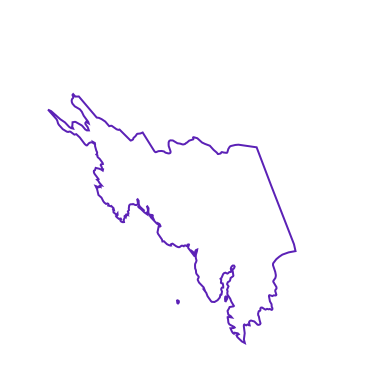 outline of Norðurland eystra, rotated 233°
{"feature_id": "ISL-702", "entity_name": "Norðurland eystra", "entity_type": "Region", "adm_level": 1, "iso_a3": "ISL", "parent_name": "Iceland", "parent_adm1": "", "projection": "equal_earth", "projection_center": [-17.153, 65.518], "detail": "fine", "context": "isolated", "style": "outline", "palette": "violet", "viewbox_px": 384, "rotation_deg": 233, "n_neighbors": 0, "source": "natural_earth", "source_scale": "10m", "svg_char_len": 6030}
<svg xmlns="http://www.w3.org/2000/svg" viewBox="0 0 384 384"><g transform="rotate(233 192 192)"><path d="M39.6,143.3L42.6,141.9L48.7,140.9L50.8,141.3L50.3,143.7L51.6,143.5L54.1,141.2L53.6,140.2L54.8,139.8L56.6,139.9L60.0,140.7L58.3,143.4L58.1,144.5L58.8,144.5L63.7,142.2L65.7,142.4L68.7,144.2L70.0,144.7L70.6,145.2L69.8,146.4L67.8,148.3L69.7,148.2L72.1,147.2L75.6,148.8L76.8,151.6L77.5,152.8L75.7,156.3L75.8,156.9L80.7,157.4L83.8,158.3L88.8,158.6L90.2,159.5L91.3,160.7L92.9,161.2L94.7,164.4L97.1,164.5L97.5,164.8L98.4,166.3L98.2,168.4L98.5,169.2L100.1,171.1L100.0,174.2L100.3,174.7L106.0,177.8L105.6,178.8L106.0,180.1L106.8,181.2L107.9,181.3L108.7,180.4L108.7,179.0L108.1,177.7L107.4,176.8L105.1,175.7L104.8,174.9L105.6,173.6L105.4,171.9L105.6,171.1L107.5,170.1L107.9,168.7L107.7,167.5L105.7,164.0L105.5,162.5L104.3,162.5L102.1,160.5L101.4,160.6L100.6,161.5L99.7,161.2L97.6,160.0L96.9,159.4L97.6,158.4L97.3,157.4L96.5,156.6L94.5,156.1L92.3,153.8L92.3,153.3L92.8,153.3L92.8,152.8L91.0,150.7L90.2,147.3L90.6,143.8L92.4,141.7L93.3,141.5L99.4,141.7L102.9,142.7L106.8,142.7L106.3,143.2L108.8,143.9L115.5,143.1L118.4,143.7L119.0,144.3L119.6,145.7L120.2,146.3L121.0,146.4L123.7,146.3L124.9,146.6L127.1,148.0L129.2,148.6L131.9,150.5L132.7,151.3L133.8,153.4L134.6,154.4L136.7,155.2L137.9,155.9L139.6,157.4L141.9,160.5L142.9,161.5L143.2,160.0L142.6,158.9L141.0,156.9L143.9,156.7L146.6,155.8L140.4,156.0L138.7,155.4L149.5,155.3L150.3,155.7L151.7,157.9L152.1,157.9L152.6,156.8L152.3,156.3L151.7,155.8L151.7,155.4L153.4,154.5L153.8,153.7L153.6,152.8L154.7,152.2L155.4,151.3L155.5,148.8L156.3,147.8L158.0,146.8L162.4,145.4L162.8,144.5L162.9,143.6L162.6,143.2L161.9,143.0L162.2,142.5L163.6,141.5L165.4,140.6L169.6,139.9L170.3,138.6L172.1,139.4L178.9,139.7L180.6,140.2L184.6,144.7L184.6,145.8L183.7,145.8L183.7,146.3L185.4,146.7L186.2,146.7L187.0,146.3L185.6,145.8L188.0,144.9L196.5,143.9L199.0,144.2L196.8,144.4L194.8,145.3L195.7,145.5L196.9,146.6L197.4,146.5L199.6,144.4L200.4,144.2L202.3,145.1L205.2,147.5L207.4,147.7L207.4,147.3L205.2,146.6L203.4,145.5L202.9,144.5L202.6,143.2L201.3,142.7L204.4,141.7L209.0,141.0L211.8,140.2L213.4,140.2L207.4,141.8L205.5,142.7L211.4,141.6L212.9,141.7L214.5,142.3L217.1,144.1L218.9,144.2L218.9,143.7L216.5,142.6L215.3,141.8L214.8,141.0L215.0,139.8L215.7,138.9L217.9,137.7L217.9,137.2L219.1,135.6L219.3,134.9L219.1,133.8L216.9,131.6L215.5,130.8L215.1,129.1L213.3,128.5L212.8,127.9L213.3,126.6L212.3,126.6L213.3,125.6L212.5,125.0L211.8,124.1L213.3,124.1L213.3,123.6L212.1,122.9L210.8,120.6L208.9,119.6L209.5,118.6L210.8,117.7L212.3,117.6L212.7,118.0L212.9,119.0L213.7,119.1L214.6,117.4L217.4,116.7L218.5,116.8L218.5,117.3L218.2,118.1L218.4,118.8L219.7,119.6L219.2,118.1L222.9,117.1L225.4,118.5L226.6,118.6L225.2,119.1L226.4,119.6L229.4,119.1L229.4,118.6L231.6,116.9L232.2,117.9L233.0,118.0L233.7,117.6L234.2,116.2L236.3,115.6L238.1,115.6L242.0,116.3L245.9,115.5L251.6,118.0L254.8,118.6L253.9,119.2L252.0,120.0L251.6,121.1L252.5,121.1L252.5,121.6L251.1,122.1L252.5,123.1L251.7,123.8L255.1,123.6L257.8,123.9L258.9,123.6L258.6,125.1L265.0,125.1L266.2,125.3L267.3,125.8L268.0,126.5L267.8,127.6L269.2,129.6L266.4,131.9L264.8,132.9L262.8,133.6L263.7,134.7L264.5,134.3L266.3,134.9L268.5,135.3L268.8,135.9L268.0,137.7L269.0,138.1L274.0,138.2L276.4,137.7L277.2,137.8L278.2,138.6L279.5,138.2L279.7,139.0L280.1,139.6L280.8,140.1L282.7,140.5L287.0,142.2L288.3,143.2L289.6,143.9L291.2,143.2L290.7,143.1L290.2,142.7L291.4,142.3L292.3,141.5L292.8,140.3L293.0,138.9L292.4,136.4L292.8,135.7L294.8,135.2L303.1,135.2L307.8,134.4L308.6,132.6L313.3,131.2L314.1,130.4L314.5,129.2L315.6,128.3L320.0,126.6L325.8,126.1L327.4,126.3L330.0,127.3L331.6,127.6L344.4,126.6L341.3,128.2L329.4,130.6L324.1,132.4L317.9,133.1L315.8,133.9L314.2,135.2L316.7,135.8L317.0,136.4L319.6,138.6L318.5,140.7L318.0,141.2L311.6,144.0L310.4,144.2L306.3,144.4L304.5,145.1L303.3,146.7L306.4,147.7L310.4,147.8L311.3,148.3L311.7,149.7L309.0,150.8L310.4,151.3L318.0,151.4L322.4,152.3L325.5,152.2L331.0,149.9L334.5,149.7L336.0,150.1L337.3,150.8L338.3,151.9L338.7,153.6L339.2,154.4L341.1,154.8L341.5,155.1L341.7,156.0L338.4,156.3L336.4,159.1L308.8,160.7L307.2,162.3L304.5,163.7L300.5,165.1L294.4,165.5L293.6,167.3L292.9,167.8L287.5,169.5L285.9,170.6L285.5,171.7L270.1,173.9L269.6,174.9L269.5,176.6L270.4,177.9L270.6,180.4L271.4,182.9L271.3,183.5L269.8,186.0L269.2,188.4L247.3,186.5L246.3,186.6L245.7,186.9L245.4,187.5L244.8,189.8L243.1,192.4L241.3,194.0L239.4,194.5L237.2,196.2L236.6,196.9L236.3,197.8L236.4,198.5L237.3,199.3L242.6,201.0L243.9,201.8L245.8,203.3L246.5,204.8L246.2,205.9L244.7,207.7L239.7,209.7L237.7,211.7L235.8,213.0L235.0,214.0L234.5,215.7L234.7,216.3L234.5,217.5L234.7,220.7L233.3,224.7L233.7,225.2L234.9,225.7L234.9,226.1L234.3,226.7L231.7,228.6L225.5,229.8L222.6,231.3L218.2,234.1L212.6,234.6L208.6,235.5L206.8,235.5L206.5,235.8L205.6,237.9L205.6,238.3L206.0,239.2L205.9,239.9L204.4,241.1L202.6,243.0L202.3,243.6L202.5,244.2L204.5,246.9L205.5,249.5L205.3,250.8L203.5,254.9L201.8,257.6L188.8,270.5L149.9,259.2L88.9,242.0L82.5,239.1L85.6,232.9L87.6,226.5L87.8,222.7L87.6,218.9L86.3,214.2L85.8,213.4L84.7,212.6L78.1,210.4L75.1,208.9L74.0,207.9L73.1,206.7L72.3,204.1L71.9,203.3L71.4,202.9L65.2,202.2L64.0,201.3L63.6,199.7L62.9,198.9L59.3,197.6L59.0,197.2L59.0,196.6L60.3,195.0L60.5,193.6L62.9,191.9L63.0,191.3L62.4,190.7L57.7,188.4L54.5,188.0L52.4,186.6L50.8,186.3L49.9,185.5L49.8,185.2L50.0,184.6L51.8,183.7L52.2,182.6L53.5,181.6L53.8,180.0L54.6,179.5L57.4,178.5L58.1,177.7L58.0,177.0L57.9,176.6L56.4,175.4L56.2,175.0L56.6,173.9L56.5,173.4L55.0,171.5L53.7,170.7L52.4,170.5L49.1,168.9L45.9,167.7L45.4,166.8L45.5,166.0L45.9,165.1L46.6,164.5L51.0,163.9L53.7,161.9L54.0,161.4L54.1,160.2L53.6,159.1L50.8,157.8L51.3,157.3L52.8,156.6L52.9,155.0L54.7,154.1L54.6,153.5L53.8,152.7L47.5,149.1L43.0,144.7L39.6,143.3ZM86.7,154.0L88.2,155.4L88.2,156.3L87.3,156.6L86.0,156.2L85.5,155.7L84.4,153.2L84.8,152.9L86.7,154.0ZM112.2,113.5L114.3,114.7L114.1,115.4L112.7,115.8L111.6,114.9L111.4,113.7L112.2,113.5Z" fill="none" stroke="#5b21b6" stroke-width="2"/></g></svg>